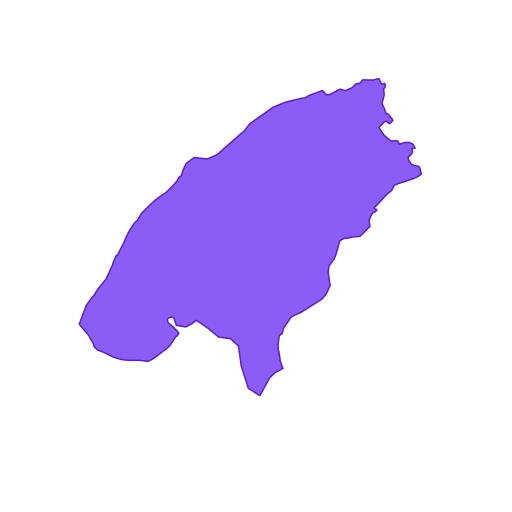 Al Marawi'ah, Al Hudaydah, Yemen (Albers equal-area conic projection), rotated 336°
{"feature_id": "15242507B52368246204480", "entity_name": "Al Marawi'ah", "entity_type": "district", "adm_level": 2, "iso_a3": "YEM", "parent_name": "Yemen", "parent_adm1": "Al Hudaydah", "projection": "albers", "projection_center": [43.217, 14.842], "detail": "fine", "context": "isolated", "style": "filled", "palette": "violet", "viewbox_px": 512, "rotation_deg": 336, "n_neighbors": 0, "source": "geoboundaries", "source_scale": "gbopen_adm2", "svg_char_len": 4434}
<svg xmlns="http://www.w3.org/2000/svg" viewBox="0 0 512 512"><g transform="rotate(336 256 256)"><path d="M66.8,246.4L67.3,248.0L70.0,257.4L70.9,260.7L71.0,264.8L71.4,266.8L71.4,267.3L71.5,267.8L71.8,269.0L71.7,269.9L71.6,271.0L71.3,273.1L71.4,273.4L72.8,276.9L72.9,277.3L75.4,279.8L75.8,280.2L77.8,282.2L84.8,290.7L91.6,296.3L96.8,299.3L108.2,304.5L114.3,308.3L120.7,308.0L138.3,303.8L141.7,302.4L142.8,301.6L145.8,299.7L149.9,297.0L151.4,296.9L151.5,296.9L152.4,296.3L152.5,296.2L153.7,295.4L154.1,295.0L153.9,294.6L153.5,292.2L152.4,289.9L151.9,288.0L151.8,287.7L150.7,285.5L149.4,282.8L148.7,281.3L149.0,278.3L150.7,276.9L154.6,277.6L155.8,279.5L155.7,280.2L155.0,287.0L155.4,287.2L162.7,292.1L162.9,292.2L163.2,292.3L170.6,291.6L175.2,290.5L176.4,292.1L183.3,303.4L183.6,304.1L183.7,304.5L184.7,306.5L185.8,308.7L187.7,312.5L189.0,315.0L190.1,315.6L191.5,316.5L193.1,317.5L194.9,318.6L196.0,319.3L199.0,321.1L203.1,330.5L203.4,331.1L203.2,331.8L202.7,333.5L201.6,337.2L200.9,339.7L200.3,341.9L197.8,350.3L197.5,353.2L197.3,354.7L196.5,361.9L195.2,373.8L198.5,378.8L200.3,381.6L201.3,383.1L202.4,384.7L203.0,385.0L219.2,372.7L226.1,370.3L235.0,369.6L235.0,369.4L234.9,366.7L235.3,363.9L235.5,361.3L236.3,359.2L237.1,356.0L237.9,353.2L238.3,350.9L239.5,347.3L240.5,345.3L242.2,342.6L242.8,341.6L243.7,340.0L244.6,338.6L246.0,338.0L246.9,337.6L248.4,337.6L251.8,333.1L259.1,328.7L262.6,326.4L266.4,325.8L275.1,325.7L298.8,322.2L304.9,319.1L311.7,313.1L312.7,309.4L315.2,300.6L315.4,299.9L318.0,295.8L318.6,294.8L322.6,292.5L324.3,291.5L324.9,291.1L325.0,291.1L326.0,290.7L329.2,287.6L332.6,283.7L336.4,278.9L339.0,276.1L341.4,275.9L343.9,275.9L347.6,277.1L352.5,278.1L358.8,280.3L360.7,279.7L361.6,279.5L365.2,278.0L370.6,275.9L371.0,275.7L372.1,275.4L373.7,269.7L373.8,269.5L374.2,269.1L378.3,265.2L379.1,264.5L382.2,264.1L383.8,263.8L385.1,263.2L385.1,262.5L384.8,262.2L384.3,262.1L383.9,261.6L383.5,260.4L384.0,259.9L387.4,258.5L391.6,256.8L397.1,254.3L400.5,252.9L401.0,252.7L406.2,251.5L407.5,250.7L408.4,249.9L410.1,248.5L410.3,247.7L415.6,247.7L421.0,248.3L430.6,249.3L434.9,249.3L437.3,249.1L440.3,248.4L441.6,242.1L441.5,241.9L441.3,241.3L440.8,240.0L437.6,237.9L437.0,237.2L435.2,235.2L434.7,232.1L434.4,230.5L434.8,229.2L434.9,228.8L435.2,227.6L438.8,226.5L441.4,224.6L442.0,221.6L445.2,222.0L445.0,218.4L444.4,217.0L443.3,215.8L442.0,214.5L438.2,212.8L436.8,212.7L435.1,212.4L432.9,212.1L432.5,212.0L432.2,211.9L432.2,211.6L432.3,211.2L432.5,210.9L432.5,210.3L432.3,209.2L432.1,208.5L431.8,208.2L426.2,205.8L425.7,205.0L425.0,203.9L424.8,203.4L423.8,201.3L422.1,197.6L421.7,195.5L421.3,193.4L420.7,188.6L423.4,187.5L424.5,187.0L426.2,186.4L428.0,185.7L429.5,185.9L430.4,186.6L430.9,188.3L431.9,189.4L433.0,189.3L433.8,188.7L436.0,188.1L436.1,187.3L436.2,186.5L435.9,185.0L435.1,183.1L435.1,182.6L435.0,182.4L434.4,180.0L432.7,178.5L433.2,173.7L433.2,172.4L433.1,168.1L433.1,167.9L436.9,163.2L438.6,161.0L440.6,155.3L441.7,154.8L442.6,154.1L443.8,152.2L443.8,151.2L443.4,150.5L442.8,150.6L441.7,150.6L441.1,150.0L440.5,148.6L440.4,144.0L435.7,143.1L434.4,142.9L432.8,142.0L432.5,141.8L431.4,141.5L425.2,138.5L422.2,140.0L419.7,140.3L417.2,139.4L412.3,141.3L405.0,141.3L400.5,137.7L394.1,138.2L389.9,138.5L386.2,137.8L383.9,131.8L381.7,131.7L378.8,131.5L378.5,131.5L369.7,130.9L366.2,131.3L363.9,131.5L363.3,130.8L356.0,129.4L345.8,127.5L332.3,127.0L328.0,127.9L313.6,130.7L308.3,131.8L304.1,132.7L295.8,137.1L295.2,137.2L292.2,138.1L287.2,139.6L283.0,140.9L281.3,141.4L279.5,142.0L272.7,144.1L270.2,144.9L266.5,146.1L261.5,147.6L256.6,147.6L253.3,147.6L251.6,147.5L251.2,147.5L245.2,144.2L240.0,141.0L239.1,140.9L238.1,141.2L229.9,143.0L225.3,146.9L222.5,149.8L220.8,152.0L217.4,152.9L215.1,154.8L213.4,155.8L210.5,157.1L207.7,158.3L205.2,159.3L204.8,159.4L202.3,160.5L199.8,161.3L197.3,161.8L194.5,162.2L191.8,162.8L189.2,163.4L186.3,164.1L183.5,165.0L180.6,166.0L178.0,166.9L174.8,168.1L171.6,169.4L169.2,170.4L167.9,171.1L162.1,175.1L158.9,176.2L156.9,177.3L156.5,177.5L153.8,179.3L152.3,180.2L151.1,181.1L148.3,183.2L146.3,184.9L143.7,187.1L141.5,189.3L140.5,190.2L129.6,199.0L128.6,198.6L123.0,203.8L122.6,204.2L122.8,204.5L120.6,206.4L118.5,208.2L118.1,208.6L116.6,209.9L114.3,212.1L113.0,213.0L109.8,216.0L105.8,218.0L97.8,222.1L97.4,222.4L96.9,222.7L96.1,223.2L95.2,223.7L93.5,225.3L91.1,226.4L90.5,226.6L87.3,228.3L85.6,229.3L81.0,232.0L66.8,246.4Z" fill="#8b5cf6" stroke="#5b21b6" stroke-width="1.5"/></g></svg>